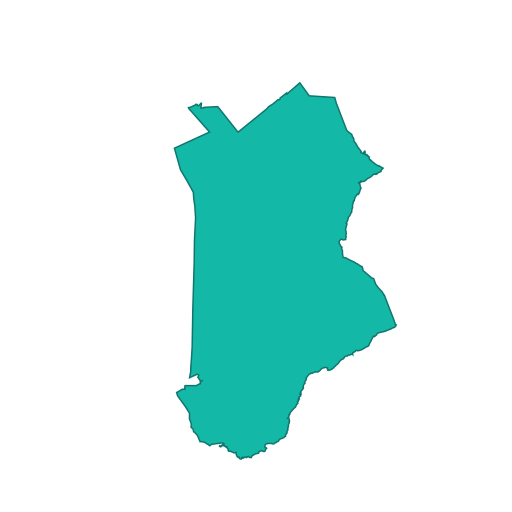 Villa García, Zacatecas, Mexico (Equal Earth projection), rotated 50°
{"feature_id": "50627088B46561394419129", "entity_name": "Villa García", "entity_type": "district", "adm_level": 2, "iso_a3": "MEX", "parent_name": "Mexico", "parent_adm1": "Zacatecas", "projection": "equal_earth", "projection_center": [-101.841, 22.125], "detail": "fine", "context": "isolated", "style": "filled", "palette": "teal", "viewbox_px": 512, "rotation_deg": 50, "n_neighbors": 0, "source": "geoboundaries", "source_scale": "gbopen_adm2", "svg_char_len": 6117}
<svg xmlns="http://www.w3.org/2000/svg" viewBox="0 0 512 512"><g transform="rotate(50 256 256)"><path d="M309.5,404.5L312.6,405.9L326.0,406.9L333.7,408.0L338.0,411.7L342.5,413.2L344.3,414.6L345.3,415.8L348.2,415.5L349.0,415.7L349.8,416.5L350.7,416.7L352.0,416.3L355.7,416.2L362.3,418.2L362.5,417.7L364.0,416.5L364.2,416.1L366.6,414.7L368.2,414.5L369.6,413.7L370.1,413.8L371.7,413.3L371.6,411.2L377.3,402.2L378.7,401.3L378.9,402.4L379.2,402.5L379.0,403.1L379.6,403.4L379.5,403.8L379.1,404.1L379.0,405.3L378.0,405.6L378.2,406.2L379.4,405.9L379.7,403.3L380.6,402.7L380.5,402.1L381.1,402.5L382.5,401.9L382.5,401.6L383.0,401.2L383.0,401.8L385.8,401.2L386.7,402.2L387.3,402.0L387.9,402.4L389.0,401.4L389.2,400.7L390.2,400.7L391.1,400.0L392.5,399.6L393.3,398.5L393.4,397.5L393.7,397.5L394.9,398.3L395.2,398.7L397.7,399.4L398.2,399.4L398.9,398.3L399.1,398.3L399.2,398.6L400.4,398.6L400.5,398.8L401.9,398.1L402.1,397.5L401.3,396.6L401.4,396.0L401.6,395.5L401.8,395.6L402.2,396.3L402.4,396.1L402.7,395.3L403.0,393.3L403.5,392.7L404.2,393.0L404.4,392.6L404.3,391.4L404.5,390.7L406.0,390.5L406.5,389.7L407.3,389.5L407.3,389.1L406.5,387.3L406.8,386.4L406.8,385.3L407.1,384.4L407.2,383.3L408.0,382.3L408.3,381.4L408.6,381.1L408.7,380.7L408.5,380.2L408.1,380.0L407.8,379.5L407.8,379.0L408.8,376.8L410.2,376.2L411.2,375.2L411.3,374.9L411.2,374.4L410.3,372.8L410.1,371.4L407.8,372.0L406.8,370.7L406.4,369.7L406.5,368.8L408.2,366.1L409.3,364.9L410.5,364.1L411.4,363.1L411.2,362.3L411.3,361.7L411.8,360.7L411.6,359.7L412.3,358.3L412.2,357.4L411.8,356.9L411.6,355.4L412.5,353.2L412.9,351.7L413.0,349.6L413.1,349.3L412.7,348.8L412.2,348.7L411.9,348.2L411.8,347.4L411.6,347.1L411.6,346.3L411.5,345.9L410.7,345.7L410.2,344.8L409.7,343.3L409.3,343.2L408.5,342.3L407.8,341.9L407.7,340.9L406.3,340.0L405.3,338.0L404.5,337.1L404.1,337.1L403.9,336.3L401.4,335.1L400.9,335.5L400.6,336.0L400.3,335.0L400.4,334.6L399.7,333.5L399.3,333.0L398.9,333.0L398.6,332.8L398.9,331.7L398.0,330.6L397.7,329.1L397.6,327.7L397.3,327.1L397.3,325.9L397.1,325.1L397.1,322.8L396.2,321.1L395.7,319.0L395.7,318.6L394.4,318.1L394.4,317.0L394.2,316.6L393.5,316.5L393.3,316.2L393.7,315.3L393.6,315.2L393.3,315.2L393.3,314.7L392.6,314.5L392.2,314.7L391.8,313.9L392.0,313.6L391.7,313.0L391.9,312.0L391.8,311.6L391.3,311.4L390.9,310.4L390.2,311.1L389.8,310.9L389.8,310.0L389.6,309.5L389.4,309.3L388.9,309.4L388.6,308.3L388.2,307.6L388.3,306.3L387.8,305.4L387.8,304.8L387.4,304.4L387.1,304.5L386.5,303.7L386.0,303.5L385.1,301.7L385.0,301.2L385.1,300.9L385.0,300.3L384.2,300.1L383.4,298.6L383.3,297.6L382.6,296.6L382.0,296.4L381.9,295.8L381.5,295.3L380.8,291.8L380.8,291.0L381.1,290.2L381.0,289.5L381.3,288.9L381.7,288.8L382.1,287.8L382.7,285.3L382.9,284.9L383.2,284.9L384.8,282.8L384.8,280.4L384.5,279.4L384.6,277.5L384.7,276.9L385.6,275.3L385.7,274.5L387.7,273.3L387.8,273.6L389.7,274.4L390.2,274.0L390.3,273.3L390.7,273.1L390.9,272.7L391.2,271.2L391.5,270.9L391.4,269.8L391.6,268.2L391.3,267.5L391.3,265.5L391.0,264.9L391.2,264.1L391.1,261.8L390.3,259.2L390.3,256.7L390.8,255.8L390.8,255.0L390.6,254.5L390.7,253.9L390.2,253.5L390.4,252.0L390.5,251.2L391.3,250.5L391.3,248.9L391.4,248.6L391.8,248.4L392.7,246.1L393.2,245.2L393.6,245.2L392.3,244.2L392.9,241.3L392.5,240.1L392.5,239.8L393.8,239.2L394.4,238.4L395.7,235.3L396.3,231.8L396.4,229.9L397.0,229.0L397.2,227.2L396.7,226.7L395.8,224.8L395.5,223.6L393.7,219.8L393.0,217.6L393.1,217.3L393.8,217.2L393.9,216.7L393.9,214.2L393.3,213.3L393.3,212.9L393.9,210.9L396.6,205.6L397.7,202.0L398.6,199.6L398.9,197.4L399.4,196.7L399.6,195.9L399.7,194.5L399.4,194.0L399.1,193.4L398.8,193.4L398.8,192.9L397.3,193.1L396.6,192.6L392.5,191.1L368.6,182.9L368.6,183.2L364.7,182.4L359.0,182.7L354.8,182.5L348.9,180.4L346.9,181.7L346.1,181.6L335.8,183.4L334.5,182.4L332.3,181.6L331.6,182.0L329.4,182.8L327.1,183.4L325.8,184.2L324.9,184.2L319.0,186.9L315.2,188.4L313.0,190.2L310.1,188.4L307.2,186.2L305.5,185.7L304.8,185.2L304.5,184.5L303.0,184.9L301.9,184.4L300.3,184.2L298.6,183.4L298.0,182.2L297.8,180.0L297.9,179.6L299.2,179.2L299.9,178.7L301.0,176.7L299.6,175.3L299.3,174.5L298.4,174.3L297.8,173.9L297.3,172.9L295.3,171.4L293.0,170.2L292.1,168.7L291.3,167.9L290.6,166.5L289.7,165.6L288.9,165.8L287.6,162.7L286.7,161.9L286.6,161.4L285.7,160.4L285.4,158.3L284.0,155.3L284.0,154.7L282.0,152.6L281.0,150.9L279.2,149.5L276.8,146.2L276.5,145.5L276.8,145.2L275.0,143.0L274.2,140.4L273.8,137.9L274.5,138.0L274.5,137.7L273.8,135.9L272.0,133.3L271.7,132.1L269.3,131.2L267.4,130.0L266.3,130.6L266.0,130.4L265.9,129.7L266.3,129.2L266.1,127.8L266.7,128.1L266.6,128.4L266.6,128.9L267.1,127.0L267.7,125.8L268.2,125.6L268.6,123.0L268.3,122.4L268.5,119.9L269.0,118.8L269.0,116.8L269.2,116.5L268.9,113.3L269.2,112.8L269.8,112.6L270.2,112.0L270.1,110.9L270.9,110.9L270.7,108.8L271.6,106.1L270.7,104.5L270.4,102.2L266.8,103.6L266.4,103.5L266.2,104.0L263.3,105.3L258.4,106.3L255.5,106.6L255.3,107.0L253.2,106.2L253.0,105.6L251.6,106.1L251.4,105.8L250.6,106.2L249.8,105.9L249.5,106.8L248.4,106.5L247.7,106.7L247.4,107.6L247.1,107.8L246.3,107.1L246.7,105.7L245.7,105.2L245.5,105.4L246.0,107.4L245.8,107.8L246.0,108.3L245.2,108.8L244.0,109.1L243.5,108.2L237.5,108.0L234.9,107.3L230.8,107.1L229.1,105.8L226.0,105.2L224.8,104.6L223.8,104.6L219.9,105.6L218.0,105.7L190.7,96.3L185.2,93.8L167.5,112.3L151.5,111.1L151.8,128.6L151.2,128.7L150.8,128.2L150.5,136.0L151.3,136.8L151.3,137.9L150.4,138.5L150.4,145.4L149.7,150.4L150.2,153.0L149.6,190.2L117.0,189.3L108.9,200.0L109.2,200.1L107.5,203.0L107.1,203.1L106.9,202.8L106.9,202.7L103.9,199.6L103.6,199.9L104.0,203.0L103.2,204.3L102.1,203.7L101.1,204.6L101.2,206.0L99.7,211.2L98.9,212.3L99.9,212.7L131.2,211.9L121.0,249.2L141.4,258.4L153.9,260.5L166.8,263.0L171.6,266.5L178.9,271.1L188.0,277.8L204.7,293.3L220.3,306.7L256.6,339.0L284.9,363.6L294.6,372.8L298.3,376.5L301.3,379.3L302.3,380.0L306.5,385.1L308.8,377.0L310.5,376.4L311.5,378.2L311.5,378.5L316.2,378.9L316.8,377.3L317.0,377.4L316.3,379.0L316.4,379.5L318.1,380.7L317.7,381.4L317.0,384.6L316.7,385.3L309.7,393.7L311.2,395.3L312.4,396.0L311.7,397.1L310.8,397.8L310.5,398.9L309.8,403.7L309.5,404.5Z" fill="#14b8a6" stroke="#0f766e" stroke-width="1.5"/></g></svg>